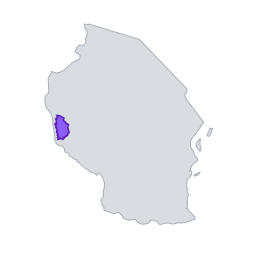 location of Nkasi, Rukwa, United Republic of Tanzania, rotated 17°
{"feature_id": "72390352B34861075189695", "entity_name": "Nkasi", "entity_type": "district", "adm_level": 2, "iso_a3": "TZA", "parent_name": "United Republic of Tanzania", "parent_adm1": "Rukwa", "projection": "mercator", "projection_center": [30.833, -7.587], "detail": "fine", "context": "in_parent", "style": "filled", "palette": "violet", "viewbox_px": 256, "rotation_deg": 17, "n_neighbors": 0, "source": "geoboundaries", "source_scale": "gbopen_adm2", "svg_char_len": 6929}
<svg xmlns="http://www.w3.org/2000/svg" viewBox="0 0 256 256"><g transform="rotate(17 128 128)"><path d="M95.8,177.8L93.1,176.4L90.7,175.5L88.8,174.6L87.9,173.6L86.0,173.3L84.4,173.1L82.9,172.3L79.9,172.0L79.5,171.4L79.5,170.1L78.9,169.8L77.8,169.5L76.6,169.5L75.9,169.7L75.5,169.6L74.5,168.8L73.6,167.9L73.2,166.3L71.8,165.4L70.2,164.6L65.7,164.7L65.0,164.4L64.0,163.7L62.7,162.4L61.7,160.9L60.9,159.0L59.9,156.3L54.8,145.7L54.3,143.7L53.3,141.5L51.7,138.7L49.9,136.7L47.6,134.9L44.9,133.1L43.4,131.8L40.7,126.9L40.1,124.5L39.7,122.1L39.9,121.1L41.6,118.0L41.8,117.2L41.6,116.0L40.7,113.5L39.6,110.5L37.5,105.0L37.2,103.7L37.2,102.6L38.5,97.1L38.5,96.3L43.6,96.4L47.3,94.0L50.6,90.4L51.2,88.8L52.6,86.5L53.9,85.4L54.4,84.6L55.1,82.2L56.8,80.7L58.5,79.5L58.1,78.6L58.4,78.3L59.3,77.7L61.1,77.1L61.4,75.9L61.4,74.5L61.1,73.8L61.2,72.9L60.9,72.4L59.8,72.2L58.0,71.6L56.6,71.3L55.6,70.9L55.3,70.6L55.1,69.7L55.9,67.6L55.1,66.8L56.9,63.3L57.2,62.8L57.9,62.8L58.9,62.4L59.8,62.2L60.6,62.4L61.2,62.2L61.7,61.8L62.1,60.6L62.5,58.6L62.3,57.0L61.5,55.8L61.3,53.9L61.7,51.3L61.4,49.2L60.6,47.5L59.8,46.4L58.5,46.0L56.5,43.4L55.9,42.1L56.0,41.3L56.7,41.0L58.0,41.1L59.2,40.8L60.3,40.1L61.4,39.9L62.0,40.0L113.1,40.0L172.9,73.4L173.1,73.8L173.6,76.6L173.5,77.6L172.6,79.3L172.3,80.1L172.3,80.7L172.5,81.0L173.3,81.1L174.0,81.5L174.2,81.8L174.7,83.0L175.4,83.6L198.1,100.0L198.6,100.3L198.3,101.7L197.0,105.0L196.9,106.4L196.4,108.0L195.9,109.1L194.6,113.8L193.5,115.6L192.0,119.7L191.8,122.9L192.6,125.1L192.9,127.1L194.7,129.2L196.1,129.9L197.0,130.8L198.7,133.0L199.7,135.1L202.7,136.1L203.9,138.5L203.4,140.2L202.0,141.5L200.7,143.7L199.7,146.6L199.7,151.1L200.4,150.4L202.0,151.5L202.2,154.8L200.5,158.6L200.0,160.4L199.9,161.9L201.1,166.5L202.9,168.8L202.8,169.5L202.3,170.1L205.4,174.2L205.2,177.8L206.3,180.6L206.9,183.0L207.6,184.9L207.8,186.2L206.8,187.6L209.1,188.0L210.4,189.1L211.0,190.2L212.7,190.2L213.5,191.0L214.8,191.6L217.6,193.5L218.4,194.4L218.8,195.3L211.1,201.2L208.3,202.7L206.3,203.4L204.2,203.8L202.1,204.8L200.2,206.2L197.8,207.0L194.8,207.0L191.6,208.0L186.7,211.1L183.8,209.4L181.5,208.8L178.9,208.9L177.4,209.1L176.8,209.5L176.3,210.5L175.9,212.2L174.2,213.8L171.2,215.4L168.4,216.0L165.9,215.6L164.2,215.0L163.3,214.0L162.0,213.6L160.3,213.7L158.6,214.3L157.0,215.6L154.5,216.1L151.0,215.9L149.2,215.3L148.9,214.3L147.4,213.1L144.6,211.8L142.5,211.7L141.2,213.0L140.0,213.9L138.9,214.2L138.0,214.3L136.6,213.9L132.7,213.8L129.1,213.8L128.7,211.9L128.0,210.7L127.3,210.0L126.0,209.9L125.7,209.3L125.3,208.2L124.7,207.1L123.8,206.3L123.3,205.5L123.2,204.8L123.3,204.0L124.1,202.1L124.3,200.7L124.2,199.4L123.8,198.0L122.9,196.3L123.0,195.8L122.7,194.7L122.7,193.9L122.9,192.9L122.7,191.6L122.0,188.8L122.0,188.1L121.2,186.8L118.8,183.6L118.7,183.2L114.9,180.0L113.4,179.3L112.8,179.9L112.6,180.4L112.8,181.4L112.7,181.9L112.5,182.2L111.6,182.1L111.0,182.0L109.6,181.2L108.5,181.0L105.7,181.1L104.7,181.3L104.0,181.1L102.5,179.6L100.8,179.3L99.2,179.3L96.7,177.6L95.8,177.8ZM203.1,124.6L204.3,128.1L204.2,128.7L203.3,129.1L202.8,129.2L202.3,128.6L201.9,127.4L201.2,127.7L200.1,126.3L198.9,126.2L198.0,124.5L198.3,123.1L198.1,120.6L199.3,119.3L200.0,117.1L200.8,118.6L201.0,120.9L202.0,123.6L203.1,124.6ZM209.1,103.8L209.2,104.6L208.9,105.4L209.0,107.9L208.9,109.5L208.0,111.8L207.2,112.6L206.5,112.4L206.0,112.0L205.5,111.4L206.4,107.2L206.0,104.1L207.7,104.4L209.1,103.8ZM206.6,154.2L205.7,154.4L205.4,154.2L204.8,153.5L205.8,152.9L206.7,151.8L208.8,150.1L209.8,148.8L209.6,150.1L208.4,152.9L207.4,153.1L206.6,154.2Z" fill="#d9dde1" stroke="#a8b0b8" stroke-width="1"/><path d="M63.7,137.1L62.1,136.8L61.0,136.7L60.9,136.7L60.4,136.5L59.3,136.2L58.2,136.3L57.5,136.5L57.2,136.6L56.4,136.7L56.7,137.0L56.8,137.1L57.0,137.2L57.2,137.3L57.4,137.4L57.5,137.6L57.4,137.7L57.5,137.7L57.6,137.9L57.5,138.2L57.4,138.5L57.2,138.7L57.2,138.9L57.3,138.9L57.3,139.0L57.2,139.1L57.3,139.1L57.3,139.3L57.3,139.5L57.0,140.0L56.8,140.2L56.7,140.2L56.5,139.9L56.4,139.9L56.3,140.1L56.5,140.1L56.4,140.2L56.5,140.3L56.3,140.3L56.5,140.4L56.7,140.5L56.9,140.6L56.9,140.9L56.7,141.0L56.8,141.1L56.8,141.3L57.0,141.5L57.1,141.8L57.2,142.1L57.2,142.3L57.3,142.4L57.4,142.5L57.6,142.7L57.7,142.8L57.7,143.0L58.0,143.3L57.9,143.5L58.0,143.7L58.0,143.8L58.2,144.1L58.2,144.4L58.3,144.5L58.2,144.5L58.0,144.8L57.9,145.0L58.0,145.0L57.8,145.1L57.7,145.3L57.8,145.4L58.0,145.4L58.0,145.5L57.9,145.5L58.0,145.6L57.9,145.7L58.0,145.9L58.1,146.0L57.9,146.1L57.7,146.2L57.6,146.3L57.7,146.5L57.8,146.5L57.7,146.5L57.8,146.6L58.0,146.8L58.2,147.0L58.3,147.2L58.3,147.3L58.4,147.5L58.5,147.7L58.6,147.9L58.8,148.1L59.0,148.1L58.9,148.3L58.9,148.6L59.0,148.6L59.2,148.9L59.5,149.0L59.5,149.3L59.7,149.5L60.0,149.6L60.2,149.8L60.3,150.0L60.5,150.2L60.6,150.6L60.6,150.8L60.6,151.1L60.7,151.3L60.8,151.4L60.9,151.5L60.9,151.8L61.1,151.8L61.1,152.0L61.1,152.3L61.2,152.2L61.2,152.3L61.1,152.5L61.3,152.6L61.4,152.8L61.5,152.7L61.7,152.8L61.7,153.0L61.8,153.0L61.9,153.5L61.9,153.8L62.2,153.9L62.3,154.0L62.2,154.0L62.4,154.2L62.4,154.3L62.5,154.3L62.7,154.6L62.9,154.8L62.9,155.0L63.0,155.1L62.9,155.2L63.0,155.2L63.0,155.3L63.0,155.5L62.9,155.7L63.0,155.8L63.0,156.0L63.2,156.3L63.3,156.4L63.6,156.3L63.8,156.4L63.8,156.5L64.0,156.8L64.0,157.0L63.9,157.1L64.0,157.2L63.9,157.4L64.0,157.4L63.9,157.5L63.8,157.4L63.6,157.3L63.7,157.5L63.7,157.4L63.6,157.6L63.8,157.6L63.7,157.8L63.8,157.9L63.9,158.1L64.0,158.3L64.1,158.5L64.3,158.6L64.2,158.6L64.2,158.8L64.2,159.1L64.3,159.2L64.5,159.2L64.4,158.9L64.3,159.0L64.3,158.9L64.5,158.8L64.6,159.1L64.7,159.3L64.8,159.3L64.8,159.2L64.8,159.3L64.8,159.2L65.0,158.9L65.4,158.7L65.6,158.6L65.9,158.4L66.2,158.2L66.3,158.1L66.5,158.0L66.5,157.9L66.8,157.7L67.0,157.7L67.2,157.9L67.8,157.9L68.9,157.9L69.2,157.9L69.3,157.8L69.2,157.6L69.2,157.1L69.3,156.3L69.4,156.2L70.0,156.2L69.8,155.5L69.6,155.2L69.7,154.9L69.9,154.8L70.1,154.8L70.3,154.7L70.6,154.8L71.1,154.6L71.1,154.3L71.2,154.0L71.2,153.5L71.2,153.3L71.2,153.1L71.3,153.1L72.0,153.0L72.1,152.9L72.0,152.6L72.5,152.3L72.5,152.2L72.5,151.9L72.3,151.6L72.3,151.4L72.2,151.3L72.1,151.1L72.1,150.9L72.1,150.7L72.1,150.4L72.1,150.2L72.7,149.6L72.9,149.6L73.0,149.6L72.8,149.2L72.5,148.8L72.1,148.2L72.0,147.9L71.9,147.8L71.9,147.5L71.5,147.1L71.0,146.6L70.9,146.3L70.8,146.1L70.4,145.5L70.2,144.9L70.0,143.9L70.0,143.5L70.1,142.8L70.2,142.3L70.1,142.2L69.8,142.2L69.5,141.9L69.4,141.9L69.1,141.9L68.9,141.7L68.7,141.6L68.3,141.7L67.5,141.6L67.4,141.6L67.1,141.7L66.8,141.3L66.9,141.0L66.8,140.9L66.4,140.7L65.8,140.2L65.6,140.1L65.2,140.0L64.5,140.0L64.3,140.0L63.8,139.4L63.7,139.3L63.7,139.2L64.0,138.2L64.0,137.6L63.7,137.1ZM57.4,144.5L57.4,144.8L57.5,144.7L57.6,144.8L57.5,145.0L57.7,144.8L57.7,144.7L57.4,144.6L57.4,144.5ZM57.4,145.6L57.4,145.8L57.5,145.8L57.6,146.0L57.8,146.0L57.5,145.7L57.4,145.6ZM57.1,145.4L57.1,145.2L57.0,145.3L57.1,145.4ZM63.7,158.1L63.6,157.9L63.6,158.1L63.7,158.1Z" fill="#8b5cf6" stroke="#5b21b6" stroke-width="1.5"/></g></svg>